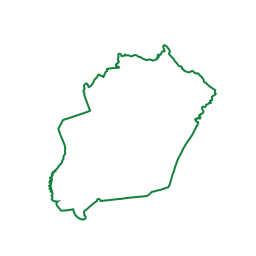 Tanjung Jabung Barat, Jambi, Indonesia, rotated 162°
{"feature_id": "22746128B97653119007289", "entity_name": "Tanjung Jabung Barat", "entity_type": "district", "adm_level": 2, "iso_a3": "IDN", "parent_name": "Indonesia", "parent_adm1": "Jambi", "projection": "orthographic", "projection_center": [103.17, -1.093], "detail": "fine", "context": "isolated", "style": "outline", "palette": "green", "viewbox_px": 256, "rotation_deg": 162, "n_neighbors": 0, "source": "geoboundaries", "source_scale": "gbopen_adm2", "svg_char_len": 5761}
<svg xmlns="http://www.w3.org/2000/svg" viewBox="0 0 256 256"><g transform="rotate(162 128 128)"><path d="M146.9,182.1L148.5,180.7L149.8,179.9L150.2,179.4L150.5,179.3L152.8,179.1L153.0,182.0L153.8,183.3L155.9,182.7L157.2,181.3L157.1,180.3L157.1,179.0L157.7,178.4L157.8,177.8L158.8,177.2L159.0,176.9L158.7,174.7L158.7,173.9L159.2,173.5L159.4,172.5L159.0,161.5L158.7,156.2L161.2,155.9L182.2,155.6L183.9,155.8L187.5,155.6L189.5,153.5L194.4,148.9L194.5,143.9L193.7,133.3L193.6,130.4L193.7,129.6L194.3,127.1L194.8,126.3L195.2,125.3L195.5,123.2L196.0,122.6L196.3,122.3L197.0,122.0L197.6,121.5L197.9,121.1L198.4,120.4L198.7,119.3L199.1,118.4L200.5,117.3L201.4,116.0L202.6,114.7L206.1,113.0L206.3,112.5L206.7,112.2L208.8,110.8L210.1,110.5L210.5,110.1L210.4,109.4L211.7,109.2L212.4,109.6L213.0,109.1L212.8,108.4L213.6,108.4L213.9,107.7L214.4,107.6L214.7,107.7L215.1,106.7L215.0,106.4L214.6,106.0L215.5,105.4L215.5,105.1L215.8,104.8L216.1,104.9L216.8,104.8L217.3,104.9L217.5,104.6L217.6,104.4L216.9,103.9L216.4,103.9L216.2,103.4L216.3,103.1L216.9,102.8L216.4,102.3L216.4,102.1L217.4,102.1L217.5,101.6L217.3,101.1L217.6,100.9L217.8,101.0L218.1,101.7L218.6,101.8L218.9,101.4L219.2,100.7L219.4,100.5L219.5,100.4L219.2,100.2L218.9,100.2L218.6,100.6L218.3,100.6L217.9,100.3L217.8,99.9L218.0,99.6L218.9,99.8L219.0,99.5L218.8,98.8L218.5,98.8L218.4,98.6L218.7,98.3L219.3,98.2L219.4,97.8L219.2,97.5L219.2,97.3L219.7,97.2L220.6,97.5L220.8,97.4L221.0,97.2L220.9,96.8L220.7,96.7L220.4,96.6L219.9,96.8L219.7,96.6L219.9,95.7L219.5,94.6L219.6,94.4L220.0,94.4L220.4,94.8L220.9,94.8L221.2,94.7L221.4,94.5L221.4,94.2L221.1,93.8L220.9,93.8L220.4,94.0L220.0,93.3L219.8,92.0L220.2,91.8L220.7,92.0L221.0,91.8L221.2,91.4L220.8,91.1L220.3,91.0L220.1,90.8L219.9,90.1L220.0,89.2L220.4,88.0L220.6,87.8L221.5,87.5L221.7,87.3L221.6,87.0L221.3,86.2L221.4,85.0L222.6,83.7L222.3,82.9L221.2,81.7L221.0,81.2L220.6,81.1L218.2,79.9L217.7,79.8L218.3,79.6L218.9,79.5L219.2,78.8L219.6,77.3L219.5,76.3L219.3,75.5L218.1,72.5L217.9,72.1L217.8,71.2L217.4,70.5L216.9,70.0L216.1,69.7L211.2,68.5L205.2,67.6L205.4,65.8L205.3,63.6L204.8,61.1L203.9,59.2L202.9,57.6L201.6,56.4L200.0,55.2L198.5,54.7L196.7,54.9L195.9,55.8L195.7,56.3L195.7,56.9L196.4,58.3L196.4,58.6L196.2,59.3L196.0,61.0L195.8,61.6L195.2,62.5L194.7,62.7L192.2,63.4L189.3,64.8L182.6,67.5L180.8,68.0L180.3,68.0L179.3,69.4L178.9,69.6L178.4,69.7L177.6,69.5L177.1,69.0L176.5,67.4L176.6,67.1L176.0,66.9L171.1,65.9L167.9,65.2L159.6,63.5L157.7,63.1L157.1,62.8L156.0,62.7L150.8,61.8L135.6,58.5L134.5,58.1L133.9,58.0L130.4,57.5L129.2,58.0L127.3,58.7L125.5,59.7L124.5,59.9L122.5,59.5L120.5,59.6L119.5,59.5L115.5,59.1L113.7,59.2L108.1,59.2L107.4,59.8L106.3,60.8L104.5,63.3L100.0,70.0L99.0,71.1L97.8,72.6L95.2,76.5L92.2,80.3L90.9,82.1L89.0,84.1L85.4,87.5L81.8,91.3L77.4,95.2L69.9,100.9L67.2,103.4L62.8,107.9L62.3,108.3L61.5,108.8L59.8,110.9L59.5,111.9L60.2,112.3L61.0,113.1L61.2,113.7L61.0,114.1L61.4,114.6L61.4,115.3L61.3,115.6L61.1,115.8L60.9,115.9L60.2,115.4L59.5,115.5L59.4,115.8L58.8,116.0L56.8,114.7L56.3,114.8L55.9,115.8L56.3,116.5L56.6,116.6L56.7,117.0L56.5,117.7L56.0,118.4L55.6,118.5L54.9,118.1L54.1,118.8L53.6,118.8L52.7,118.9L52.1,119.2L51.2,120.1L51.2,121.3L51.6,123.3L51.6,123.9L51.2,124.5L51.0,124.8L50.4,125.1L49.9,125.0L49.0,124.5L48.3,124.2L47.9,124.2L46.8,125.6L46.4,125.9L46.0,126.0L45.6,125.8L43.4,126.4L43.2,126.8L42.6,126.9L41.8,126.3L41.5,126.3L41.4,126.6L41.5,128.5L41.1,128.6L40.3,128.4L39.7,128.4L39.3,128.8L38.8,130.0L38.7,131.5L38.3,131.8L37.0,132.3L35.1,132.7L34.1,133.3L34.3,133.5L34.4,134.9L34.3,135.4L33.4,136.8L33.5,137.2L33.8,137.7L35.2,139.3L35.7,140.1L37.6,142.3L38.2,143.2L38.6,144.4L39.4,145.4L39.7,146.7L40.8,147.4L41.1,147.7L41.3,148.1L41.6,148.8L41.2,150.3L41.2,151.0L42.1,153.2L41.9,153.9L42.1,154.2L42.8,154.7L43.1,155.1L43.7,156.8L44.2,157.5L44.5,158.2L44.7,158.4L45.2,158.6L46.3,158.8L46.6,158.9L47.0,159.2L47.6,159.8L48.4,161.6L49.2,162.3L49.6,162.5L50.0,162.4L51.2,162.2L51.7,162.0L52.5,162.1L53.1,162.3L53.9,162.7L56.0,164.3L57.0,165.4L57.1,165.9L57.3,166.7L57.4,166.9L58.0,167.2L58.2,167.5L58.2,168.2L57.9,169.1L58.0,169.6L58.3,170.0L59.7,170.6L60.4,171.2L60.8,171.8L61.2,173.7L61.8,175.1L62.8,177.1L63.0,178.8L63.6,180.2L64.5,181.8L66.0,185.3L66.0,185.9L65.9,186.4L64.7,187.4L64.4,188.0L64.5,189.1L64.9,190.6L65.9,193.2L67.1,195.0L67.5,195.4L68.2,195.4L68.7,195.3L69.0,195.0L69.5,194.3L69.5,193.0L69.4,192.0L69.3,190.4L69.4,189.9L69.7,189.8L70.0,189.6L71.3,190.2L71.9,190.2L72.2,190.0L72.7,189.5L74.0,187.8L74.5,187.7L75.4,187.9L76.4,188.4L76.6,188.4L77.0,188.2L77.2,187.7L76.6,186.6L76.9,186.1L77.9,186.4L78.4,186.1L78.7,185.9L78.7,185.6L78.5,184.8L78.6,184.7L79.4,184.5L82.3,184.4L83.8,184.5L84.8,185.6L85.4,186.1L86.8,186.5L88.1,186.7L88.9,186.7L89.5,186.9L90.5,187.9L91.8,188.7L92.9,189.9L93.7,191.0L94.6,191.9L95.9,192.4L96.3,192.8L97.2,194.3L97.8,194.8L99.9,195.5L100.2,195.4L100.9,195.1L101.9,195.0L103.2,195.4L104.3,196.4L105.0,196.9L105.6,197.3L107.3,197.5L107.7,197.7L107.8,198.4L108.0,198.7L109.2,198.2L109.9,198.0L111.4,198.2L111.9,198.6L111.9,199.9L112.1,200.4L112.8,201.2L113.6,201.3L114.3,201.2L114.5,201.0L114.6,200.5L115.1,198.6L115.3,198.0L116.1,197.4L116.1,196.4L116.6,195.2L116.6,194.8L116.3,194.4L116.2,193.9L116.7,193.2L117.4,192.9L118.3,192.8L118.7,192.5L119.0,192.6L119.7,192.1L120.1,191.5L120.1,190.8L119.9,190.4L118.6,189.7L117.8,188.6L117.8,188.3L118.9,188.3L120.1,188.6L121.7,189.2L127.5,190.3L128.5,190.3L129.3,190.6L129.6,190.6L129.9,190.4L130.0,190.1L129.9,189.2L130.1,188.9L130.4,188.6L131.7,188.4L132.6,187.3L133.5,186.7L134.4,185.4L135.4,184.2L135.7,184.1L135.9,184.2L135.8,184.9L136.0,185.3L136.3,185.5L137.4,185.8L138.8,187.4L139.4,187.9L139.7,187.9L140.0,187.8L140.3,187.5L140.8,186.8L141.3,186.2L145.3,184.0L146.9,182.1Z" fill="none" stroke="#15803d" stroke-width="2"/></g></svg>